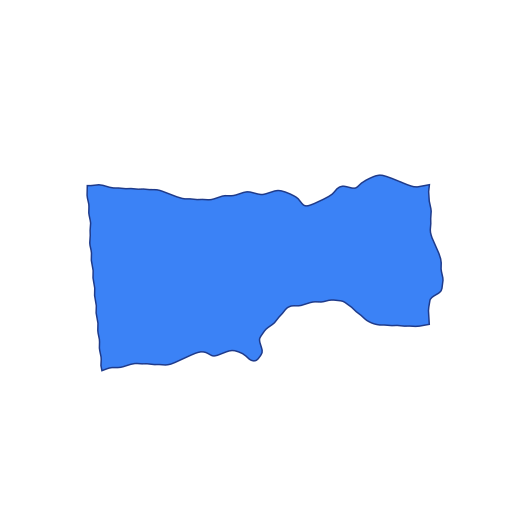 Los Rios, Bahoruco, Dominican Republic (Albers equal-area conic projection), rotated 66°
{"feature_id": "3306468B61523317388818", "entity_name": "Los Rios", "entity_type": "district", "adm_level": 2, "iso_a3": "DOM", "parent_name": "Dominican Republic", "parent_adm1": "Bahoruco", "projection": "albers", "projection_center": [-71.562, 18.559], "detail": "fine", "context": "isolated", "style": "filled", "palette": "blue", "viewbox_px": 512, "rotation_deg": 66, "n_neighbors": 0, "source": "geoboundaries", "source_scale": "gbopen_adm2", "svg_char_len": 3062}
<svg xmlns="http://www.w3.org/2000/svg" viewBox="0 0 512 512"><g transform="rotate(66 256 256)"><path d="M388.9,125.5L376.1,120.7L372.9,118.9L367.2,115.1L366.4,114.3L365.4,112.2L364.9,109.9L364.2,104.1L363.5,101.9L362.9,100.9L361.2,99.3L354.3,95.1L351.9,94.2L345.6,92.9L343.1,92.2L337.6,89.6L333.8,88.5L328.2,87.9L310.9,87.8L308.1,87.5L305.4,87.0L302.9,86.1L297.6,83.2L292.9,81.2L286.4,77.8L283.9,77.0L276.3,75.4L267.4,72.1L261.4,68.6L258.6,80.2L258.1,81.4L256.8,83.8L255.1,85.9L252.3,88.9L240.2,100.5L236.4,104.5L233.8,107.6L232.5,110.0L232.1,111.3L231.5,113.9L231.3,116.6L231.3,120.7L231.5,124.8L232.3,130.0L234.1,135.2L234.4,137.3L234.1,138.4L233.1,140.5L229.3,145.4L227.9,147.5L227.4,148.7L227.0,151.2L227.1,152.4L227.6,154.8L229.6,159.0L230.5,161.3L231.2,165.4L231.6,171.2L231.8,181.3L231.6,185.4L231.3,187.9L230.9,189.1L230.4,190.2L229.6,191.2L228.7,191.9L226.7,192.7L220.9,194.2L218.6,195.4L216.5,196.9L213.3,199.5L209.4,203.3L206.8,206.4L205.4,208.7L204.9,209.9L204.2,212.5L203.2,221.7L202.7,224.3L202.3,225.5L201.7,226.7L200.2,229.0L195.2,235.3L193.9,237.7L193.5,238.9L192.9,241.5L192.1,249.4L191.6,252.0L190.8,254.4L188.3,259.8L187.6,262.4L186.7,271.6L186.2,274.2L185.3,276.6L182.5,282.0L180.6,286.7L177.0,293.0L174.9,297.7L173.4,300.0L169.8,304.2L158.8,315.2L156.9,317.3L155.3,319.5L154.1,321.8L152.0,326.4L149.0,331.7L147.1,336.4L143.5,342.8L141.6,347.5L138.0,353.9L135.9,358.5L133.6,361.9L129.2,367.1L127.0,370.6L124.6,378.0L123.1,381.5L131.8,385.6L134.4,386.4L140.8,387.7L143.1,388.6L148.6,391.2L151.1,391.9L156.2,393.0L158.7,393.7L165.1,397.1L169.9,399.1L176.4,402.5L178.8,403.3L184.0,404.4L186.4,405.1L193.0,408.2L203.1,410.7L209.7,413.8L219.8,416.4L226.4,419.5L236.5,422.1L243.0,425.2L253.1,427.7L259.7,430.8L262.2,431.6L268.5,433.0L270.9,433.9L276.4,436.5L278.8,437.2L285.2,438.6L287.6,439.5L293.0,442.2L298.1,443.4L298.4,438.0L298.7,435.4L299.4,432.8L301.8,427.4L302.6,425.0L303.1,422.4L304.0,414.5L304.9,410.6L305.8,408.4L308.1,404.1L310.1,399.4L313.8,393.1L315.8,388.5L318.7,383.1L319.5,380.6L320.1,377.8L320.3,373.4L320.1,355.5L320.2,351.0L320.5,348.2L321.1,345.4L322.2,343.1L323.6,341.2L325.3,339.7L328.7,337.1L329.4,336.4L330.1,335.3L330.5,334.2L331.0,331.7L331.5,321.9L331.8,319.1L332.6,316.3L333.9,313.9L336.6,310.8L339.7,308.0L343.1,306.0L347.5,304.1L349.3,302.8L350.7,301.1L351.1,300.1L351.4,299.0L351.4,297.9L350.8,295.9L348.8,292.3L347.4,290.5L346.6,289.7L344.5,288.7L342.2,288.3L336.3,287.6L334.0,286.9L333.0,286.3L332.2,285.5L330.9,283.7L327.9,278.7L326.9,276.5L326.2,274.0L325.2,268.8L324.5,266.3L321.1,259.8L319.1,255.1L316.9,250.9L316.1,248.7L315.9,247.5L315.9,245.0L316.1,243.8L316.9,241.6L318.8,237.4L319.5,234.9L320.6,225.6L321.1,223.0L321.9,220.6L324.5,215.2L325.2,212.7L326.1,207.5L326.9,205.0L327.9,202.8L331.4,196.8L332.8,195.0L334.6,193.6L341.7,189.5L347.6,187.1L352.9,184.2L357.6,182.2L359.9,181.0L362.1,179.4L364.2,177.6L366.1,175.6L367.8,173.4L369.3,171.1L371.4,166.5L374.9,160.1L376.8,155.3L380.4,149.0L382.4,144.3L385.2,138.9L386.5,135.3L388.9,125.5Z" fill="#3b82f6" stroke="#1e3a8a" stroke-width="1.5"/></g></svg>